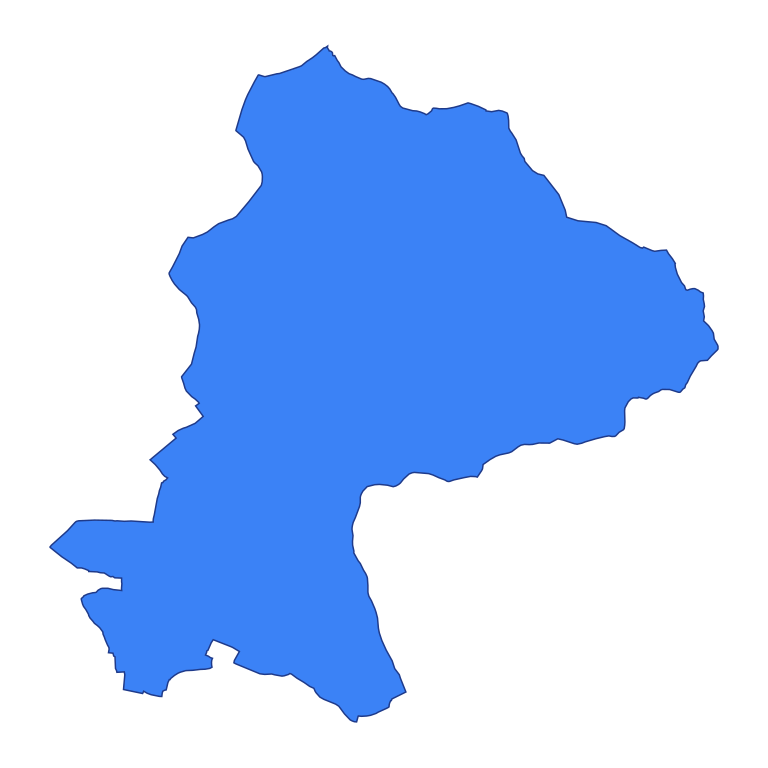 the district of Camarasu, Cluj, Romania
{"feature_id": "2599482B70650065954419", "entity_name": "Camarasu", "entity_type": "district", "adm_level": 2, "iso_a3": "ROU", "parent_name": "Romania", "parent_adm1": "Cluj", "projection": "mercator", "projection_center": [24.122, 46.788], "detail": "fine", "context": "isolated", "style": "filled", "palette": "blue", "viewbox_px": 768, "rotation_deg": 0, "n_neighbors": 0, "source": "geoboundaries", "source_scale": "gbopen_adm2", "svg_char_len": 6052}
<svg xmlns="http://www.w3.org/2000/svg" viewBox="0 0 768 768"><path d="M675.3,263.4L672.4,258.7L668.5,253.7L666.5,250.1L661.0,250.4L654.7,251.3L652.1,250.6L643.7,247.1L642.5,248.1L640.1,247.5L633.1,243.1L619.8,235.6L606.2,225.7L596.1,222.5L578.0,220.8L566.7,217.2L565.2,210.1L558.8,194.6L543.9,175.4L537.8,173.9L532.5,170.6L524.8,161.4L524.2,158.4L522.0,155.8L520.4,153.1L516.1,139.9L511.8,133.1L510.3,131.1L508.8,128.2L508.6,120.3L508.1,116.1L507.3,113.3L506.8,112.9L502.4,111.1L498.7,110.4L491.6,111.7L486.0,110.9L485.9,109.9L478.3,106.3L470.7,103.6L468.0,102.9L459.7,105.8L453.8,107.4L446.8,108.7L439.4,108.8L436.4,108.3L433.6,108.1L432.9,108.4L432.4,108.9L431.6,110.8L427.9,113.9L426.1,114.7L424.7,113.7L420.1,111.9L416.7,111.0L412.7,110.7L402.7,108.0L400.4,106.3L399.1,104.3L395.5,97.3L392.9,93.6L392.2,93.1L389.7,88.9L387.7,86.6L384.5,84.1L381.2,82.2L370.7,78.6L368.3,78.4L363.9,79.3L361.9,79.2L355.7,76.6L352.4,74.9L349.1,73.7L345.3,71.0L341.0,66.8L338.9,62.6L337.3,60.5L334.7,55.6L333.4,55.8L332.8,55.5L332.4,52.7L331.7,51.8L330.5,51.1L329.2,50.9L328.8,49.9L327.4,47.9L327.6,46.1L325.5,47.6L323.8,48.0L316.3,54.7L312.5,57.7L306.7,61.5L301.5,65.8L299.4,66.7L279.5,73.5L276.9,73.8L265.4,76.6L264.4,76.6L258.8,74.9L258.2,75.1L254.4,81.8L247.8,94.5L245.5,99.7L241.9,109.7L235.9,130.3L236.0,130.7L243.6,137.2L245.5,140.8L248.0,149.1L253.6,161.5L254.9,163.0L258.0,165.8L261.6,171.9L262.2,174.2L262.4,176.8L262.2,181.8L261.3,185.4L248.8,201.7L236.4,216.4L232.5,218.8L228.5,220.0L218.6,223.7L213.9,226.9L207.4,232.0L202.5,234.5L193.3,237.9L188.0,237.3L182.1,246.0L179.3,253.6L172.6,266.8L169.2,272.8L169.1,273.9L170.0,276.3L172.1,280.4L174.5,284.0L179.3,289.5L186.6,295.5L187.7,296.7L191.5,302.8L195.4,307.2L196.5,309.6L196.8,312.9L198.7,319.3L199.5,324.5L199.5,326.2L199.3,329.3L198.5,333.5L197.7,336.2L196.1,346.9L194.2,353.3L191.5,364.1L181.6,376.7L181.7,377.7L183.6,383.2L185.0,388.2L186.4,391.1L191.7,396.6L195.2,399.1L198.5,402.2L199.2,403.3L195.6,405.9L203.2,416.4L195.2,423.3L186.3,427.3L183.3,428.2L178.2,430.5L172.9,434.3L176.1,438.1L150.1,459.8L155.3,464.6L160.0,470.2L162.4,473.9L164.7,476.3L167.6,477.9L165.9,479.9L163.7,481.1L162.9,482.5L161.6,482.9L160.7,487.1L159.4,490.6L158.7,494.0L157.3,498.4L154.3,514.8L153.4,518.4L153.2,520.1L153.2,522.0L150.0,522.2L131.2,521.0L124.3,521.3L117.1,520.8L115.0,521.0L112.0,520.4L94.6,520.1L78.7,520.8L76.9,521.2L75.9,521.7L74.9,522.6L67.5,530.7L51.4,545.2L50.0,547.0L50.2,547.5L61.7,556.7L71.2,563.1L77.2,567.9L81.4,567.9L84.7,568.9L88.7,570.6L88.7,571.5L97.2,571.9L100.2,572.7L104.3,573.0L109.3,576.2L110.8,576.8L112.9,576.5L114.7,577.8L121.6,578.1L121.6,582.0L121.9,583.5L121.5,588.5L121.7,590.5L113.3,589.6L108.0,588.3L102.4,588.3L100.9,588.6L98.1,590.2L96.3,592.2L95.5,592.5L92.6,592.8L87.6,594.1L83.9,595.8L83.5,596.6L81.3,598.6L81.3,599.5L82.6,604.2L83.6,606.5L85.8,609.5L88.4,614.1L88.8,615.7L90.1,618.1L93.1,621.5L94.4,623.3L97.3,625.5L99.7,627.7L102.8,631.9L103.1,634.3L104.3,637.0L105.3,639.9L107.5,645.0L108.9,647.5L109.1,649.2L108.5,652.7L113.0,653.2L113.7,656.0L115.0,656.8L115.5,668.5L116.5,670.5L116.9,672.3L124.3,671.9L124.8,674.8L123.5,689.5L142.6,693.5L143.7,691.2L147.1,693.2L151.1,694.7L159.4,696.4L161.8,696.5L162.2,693.3L162.7,691.3L164.4,690.3L166.2,689.9L167.9,682.6L169.3,679.6L169.9,679.7L170.9,678.3L174.5,675.4L178.0,673.2L180.3,672.2L185.8,670.6L192.7,670.3L200.3,669.4L205.2,669.2L209.8,668.4L212.0,667.2L211.6,665.0L211.5,662.3L211.8,659.9L212.5,658.3L210.4,657.6L208.4,656.2L205.5,655.0L206.6,652.5L206.7,651.2L207.1,650.7L207.9,650.4L211.2,642.8L213.2,639.7L230.8,646.6L232.8,647.5L239.4,651.5L234.4,660.4L233.9,662.8L235.7,663.8L259.9,673.8L264.7,674.4L271.7,674.0L274.6,674.8L282.0,676.1L284.2,675.8L288.6,674.4L289.8,673.5L291.5,674.1L297.0,678.2L304.0,682.4L309.7,686.4L313.9,688.3L315.2,691.4L316.2,692.9L319.9,697.1L323.8,699.3L335.6,704.1L338.8,706.2L344.5,713.9L350.2,719.9L352.1,720.9L354.3,721.7L356.6,721.9L358.1,716.4L358.3,716.0L361.5,716.3L366.7,716.0L370.6,715.3L376.1,713.4L378.1,712.2L387.7,707.8L389.0,706.9L389.2,704.7L389.7,702.9L390.7,700.6L391.3,700.6L392.0,698.9L405.9,692.0L400.4,678.2L399.3,674.7L394.7,668.6L392.2,660.9L386.2,650.1L381.8,640.4L379.4,633.2L378.9,630.9L378.4,628.2L377.5,618.0L376.1,612.5L374.8,608.6L371.5,600.9L368.9,596.3L368.1,593.4L367.9,591.8L367.9,585.5L367.4,578.2L367.0,576.6L365.6,573.5L363.5,570.1L360.3,563.5L358.1,560.7L353.8,552.9L353.9,551.1L352.6,545.1L352.5,541.3L353.0,535.7L352.0,529.4L352.1,527.5L352.5,525.1L353.2,522.4L355.4,517.5L359.5,506.5L360.3,502.8L360.3,497.3L360.6,495.8L361.5,493.6L362.9,491.1L367.2,486.6L374.7,484.7L379.4,484.4L387.5,485.2L393.2,486.7L395.8,486.0L398.7,484.4L400.4,483.0L403.6,479.0L409.1,474.0L412.0,472.8L414.3,472.4L428.7,473.6L433.0,475.0L438.9,477.7L444.8,479.9L447.0,481.2L448.2,481.5L449.6,481.4L453.9,479.9L464.2,477.6L470.6,476.4L475.6,476.6L477.3,477.1L481.6,470.7L482.5,468.9L483.1,464.5L490.0,459.6L495.7,456.3L499.9,454.8L508.8,452.9L511.7,451.7L518.0,446.9L520.9,445.2L522.6,444.8L524.5,444.4L529.4,444.6L532.6,444.4L538.9,443.0L549.7,443.1L557.8,438.8L563.0,440.0L574.3,443.7L577.2,444.2L581.8,443.2L585.1,441.9L596.0,438.7L604.7,436.6L608.9,435.9L612.0,436.5L614.7,436.4L615.9,435.7L619.1,432.3L623.5,429.7L624.2,428.6L624.7,425.4L624.9,421.9L624.6,410.8L624.9,408.0L628.3,401.7L631.1,398.9L633.2,397.9L638.0,398.0L638.4,397.3L643.5,398.2L645.5,399.0L646.4,399.0L647.6,398.4L650.4,395.5L652.7,393.9L654.5,393.0L658.7,391.5L660.9,389.9L662.4,389.4L669.7,389.5L678.2,392.2L679.6,392.3L680.4,392.0L683.0,389.0L684.7,387.9L685.0,387.3L685.7,384.7L687.3,382.6L690.3,376.1L696.1,366.4L697.6,363.3L699.4,361.5L700.7,360.8L707.4,360.3L711.4,355.8L717.4,349.9L718.0,349.0L718.0,346.3L717.6,345.1L714.2,339.2L713.4,333.2L712.1,330.7L708.5,325.6L703.6,320.9L704.3,316.8L703.2,310.9L704.5,306.5L704.2,303.8L703.3,299.4L703.5,295.9L703.2,293.0L700.4,291.9L698.4,290.3L694.8,288.6L693.0,288.6L690.1,289.2L687.5,290.2L686.0,289.8L685.4,288.7L684.5,285.9L681.5,282.5L677.3,274.1L675.4,267.5L675.0,263.7L675.3,263.4Z" fill="#3b82f6" stroke="#1e3a8a" stroke-width="1.5"/></svg>